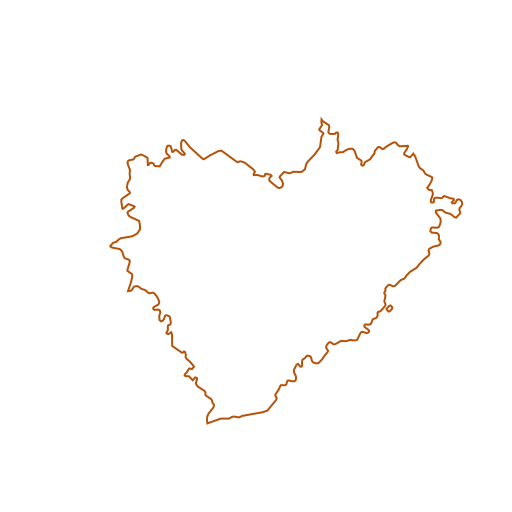 SVG path tracing the border of Samara, rotated 29°
{"feature_id": "RUS-2392", "entity_name": "Samara", "entity_type": "Region", "adm_level": 1, "iso_a3": "RUS", "parent_name": "Russia", "parent_adm1": "", "projection": "orthographic", "projection_center": [50.566, 53.218], "detail": "fine", "context": "isolated", "style": "outline", "palette": "amber", "viewbox_px": 512, "rotation_deg": 29, "n_neighbors": 0, "source": "natural_earth", "source_scale": "10m", "svg_char_len": 6131}
<svg xmlns="http://www.w3.org/2000/svg" viewBox="0 0 512 512"><g transform="rotate(29 256 256)"><path d="M335.4,86.0L335.7,86.1L336.1,88.8L335.8,94.7L337.0,95.5L342.6,95.2L343.1,94.5L344.0,90.2L346.9,91.7L354.5,98.4L356.5,99.6L361.0,100.1L363.7,101.8L365.4,102.2L371.3,101.7L372.4,102.2L373.1,104.9L373.2,109.1L372.7,113.4L375.2,114.3L377.8,113.2L379.6,114.6L380.9,116.5L381.7,122.1L382.8,124.0L384.1,124.0L385.4,122.6L385.3,122.0L384.2,120.7L384.1,118.7L386.1,117.1L389.3,116.0L390.3,115.2L390.8,114.6L390.9,113.3L391.5,112.3L397.8,111.3L401.1,110.2L402.0,111.1L401.2,114.2L402.3,114.7L404.3,113.6L404.6,112.8L404.6,109.4L405.3,108.4L407.6,107.8L409.8,108.9L410.9,110.1L411.3,111.2L411.4,112.3L410.9,115.5L411.4,116.9L413.9,119.3L412.5,125.3L410.9,125.8L405.9,124.9L400.6,126.2L396.6,125.5L395.0,126.2L391.4,129.0L391.5,129.7L392.4,130.9L399.1,133.8L400.7,136.1L401.5,138.2L401.9,141.6L401.0,143.3L396.5,145.5L395.7,146.3L396.0,148.8L396.5,149.9L398.5,150.3L403.0,148.2L405.1,148.6L406.0,149.3L407.9,152.8L410.7,154.3L411.2,155.5L411.3,156.5L410.7,158.1L406.3,162.1L404.1,165.8L404.3,167.5L406.5,169.9L406.8,171.9L404.6,177.2L402.9,183.6L402.2,188.3L398.4,195.2L396.9,200.8L397.0,202.3L396.6,204.0L394.3,206.8L392.0,214.9L390.6,216.1L387.1,216.3L386.4,216.7L385.8,217.4L385.0,220.6L385.0,222.1L385.9,223.2L386.1,226.3L388.4,227.7L390.3,233.6L392.5,235.3L393.2,236.6L392.0,242.7L391.4,244.2L389.9,245.8L389.9,247.0L391.2,248.8L391.4,250.5L391.0,252.1L388.9,254.5L388.9,256.2L389.4,258.7L389.2,260.1L387.9,261.4L384.7,262.9L384.4,264.3L385.2,265.3L385.8,265.5L390.7,266.2L391.4,267.1L391.5,268.4L390.3,269.7L385.7,270.7L384.9,271.7L384.7,273.5L385.1,279.5L384.9,280.5L384.3,281.2L382.3,282.6L379.4,283.4L376.0,286.9L371.5,289.0L368.4,294.2L367.5,295.2L366.6,295.7L362.8,295.3L361.8,296.1L361.0,299.5L361.2,301.1L362.3,302.6L364.8,303.8L365.1,304.6L365.1,306.1L364.5,308.7L363.7,315.4L362.5,319.5L361.0,320.6L357.6,321.4L356.0,320.8L353.2,317.9L351.5,317.4L349.3,318.2L348.6,319.4L348.3,321.6L346.9,324.1L347.5,326.1L349.5,329.5L349.5,330.7L348.3,331.3L345.0,330.0L344.2,331.3L344.3,336.2L344.7,338.0L345.8,339.4L349.2,341.8L350.1,343.2L350.9,345.4L350.4,346.8L349.3,347.6L344.4,349.3L344.0,350.5L344.8,353.6L344.4,354.4L343.7,355.2L340.4,356.9L340.3,358.2L340.6,362.2L340.1,367.7L340.8,368.9L343.0,370.2L343.4,372.1L340.9,385.7L337.7,389.3L321.6,402.4L319.4,405.4L314.4,407.2L313.2,408.1L311.1,411.4L304.0,415.3L294.6,426.0L291.9,422.0L291.1,419.4L290.9,416.6L292.1,410.0L292.0,408.0L291.3,406.4L289.0,405.4L287.9,404.0L286.2,402.9L279.6,402.3L279.0,401.9L278.0,400.0L276.6,399.0L268.4,398.4L266.1,397.4L265.0,396.3L264.2,392.4L263.3,391.3L261.7,391.7L260.9,395.4L255.6,393.7L253.0,395.1L251.6,395.2L251.1,394.3L251.8,391.6L252.1,386.8L254.8,385.9L255.5,382.8L249.6,380.5L244.5,379.4L243.3,378.3L242.3,376.0L240.2,374.3L239.3,374.4L238.9,375.9L238.1,376.5L226.3,375.3L220.7,365.5L218.8,363.8L217.3,366.7L216.8,367.0L215.2,367.0L214.8,366.5L214.9,363.7L212.8,359.9L212.8,359.2L214.2,357.5L214.1,356.4L213.4,354.9L210.3,351.2L209.4,350.8L206.8,351.0L205.8,351.6L205.5,352.7L206.1,355.7L205.8,357.8L204.7,359.2L202.7,358.8L200.4,355.3L199.7,351.8L198.2,350.2L196.4,350.3L193.5,352.3L192.0,352.2L191.5,351.8L191.3,351.2L191.5,350.0L194.1,345.8L194.0,343.8L193.4,342.7L189.4,339.7L185.3,338.0L183.7,338.0L180.4,340.5L175.2,339.5L172.0,340.3L168.0,339.7L166.4,340.1L164.2,341.9L163.9,345.5L163.5,346.9L161.1,348.8L159.5,340.2L158.2,335.3L157.2,332.9L156.4,332.0L150.7,331.3L150.2,330.2L149.0,324.4L148.2,321.9L147.6,321.2L147.0,320.9L142.5,321.5L140.8,320.9L137.7,317.7L136.0,316.6L133.5,316.0L125.9,318.4L124.0,318.3L123.7,317.6L124.7,313.6L126.9,311.4L127.8,308.5L129.1,306.0L137.6,299.3L139.6,296.8L141.3,293.5L141.6,289.0L139.8,285.6L136.8,282.0L127.5,282.7L125.1,282.4L123.0,280.9L122.5,280.0L122.5,279.5L125.8,273.2L126.0,271.8L125.6,271.5L119.4,272.4L118.8,273.4L117.1,278.8L116.4,279.3L115.8,279.0L111.7,273.5L110.9,271.9L111.2,270.6L112.3,268.2L115.2,262.5L115.0,261.7L114.6,261.3L112.0,260.5L110.1,258.9L109.5,257.7L108.3,254.2L108.4,249.9L108.1,248.6L105.8,245.7L104.0,241.8L99.5,238.0L98.2,236.4L98.1,234.6L98.7,233.7L101.7,231.2L102.2,230.1L102.1,228.5L102.5,227.3L106.2,223.0L107.6,222.7L113.0,222.7L113.8,223.1L117.3,228.9L117.8,228.5L118.3,225.9L119.2,225.2L121.5,224.8L123.1,226.1L124.0,226.3L128.3,224.3L128.6,217.9L129.2,214.9L132.8,211.7L132.3,210.9L131.8,210.6L128.3,209.8L126.7,208.3L125.8,206.4L125.1,203.5L125.6,202.0L127.8,201.2L129.9,202.9L132.0,205.5L132.5,205.5L133.2,204.7L133.6,202.6L134.6,201.8L142.1,203.3L144.0,202.5L144.4,201.8L144.3,201.3L143.9,200.9L140.0,199.5L138.7,198.5L135.7,193.5L135.3,190.8L136.1,189.8L137.8,189.8L145.4,192.9L161.9,196.8L163.5,196.7L167.1,190.1L172.2,182.6L174.6,180.6L193.1,182.9L194.9,182.7L195.8,181.2L196.9,180.5L201.0,179.8L211.1,181.5L213.2,182.2L214.3,182.9L214.1,185.2L214.9,186.3L218.1,184.4L222.9,183.4L224.2,182.4L224.8,181.5L224.3,180.1L224.7,179.3L229.4,177.9L230.8,178.4L230.1,180.5L230.0,181.8L231.3,183.7L241.7,185.7L243.6,185.2L244.5,184.2L245.2,182.6L245.2,181.4L244.6,179.7L242.5,177.7L238.4,175.7L238.4,174.5L239.6,169.6L239.9,168.9L245.0,167.5L246.4,166.2L246.8,165.4L247.9,164.2L254.9,160.6L256.8,156.4L255.4,151.5L255.4,148.9L258.0,139.1L259.1,130.7L259.1,129.5L255.4,119.8L255.7,116.3L254.6,115.7L251.0,115.3L249.9,114.7L250.3,109.7L250.1,109.1L248.5,107.6L247.1,104.8L249.1,105.7L256.4,106.3L257.4,107.4L259.2,112.6L260.5,113.3L262.2,113.1L265.1,111.4L265.6,111.1L266.4,109.0L267.8,108.5L269.2,110.2L271.0,114.8L272.9,116.8L273.9,118.3L274.6,120.6L275.9,123.2L275.6,126.0L276.5,126.7L277.0,126.7L278.8,124.8L281.7,123.0L283.5,119.6L285.3,117.3L287.7,115.7L289.0,115.4L291.5,116.4L296.7,121.2L301.9,121.5L303.0,122.8L303.6,125.1L305.2,125.4L306.1,124.5L305.9,121.6L306.1,120.7L308.9,116.1L309.1,114.8L309.2,112.5L309.9,109.3L309.0,106.5L310.0,101.5L311.3,100.8L314.5,101.2L315.7,100.5L316.8,97.5L318.0,95.3L320.8,90.7L322.0,89.4L323.8,89.0L326.3,90.3L328.7,90.3L335.4,86.0ZM397.7,234.1L399.8,234.6L400.6,235.8L400.1,238.6L399.6,239.7L398.8,240.3L396.6,239.6L395.7,238.9L396.9,234.6L397.7,234.1Z" fill="none" stroke="#b45309" stroke-width="2"/></g></svg>